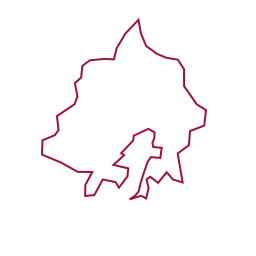 Namangan, Namangan, Uzbekistan (orthographic projection), rotated 139°
{"feature_id": "79887680B99414619772230", "entity_name": "Namangan", "entity_type": "district", "adm_level": 2, "iso_a3": "UZB", "parent_name": "Uzbekistan", "parent_adm1": "Namangan", "projection": "orthographic", "projection_center": [71.641, 40.967], "detail": "fine", "context": "isolated", "style": "outline", "palette": "rose", "viewbox_px": 256, "rotation_deg": 139, "n_neighbors": 0, "source": "geoboundaries", "source_scale": "gbopen_adm2", "svg_char_len": 949}
<svg xmlns="http://www.w3.org/2000/svg" viewBox="0 0 256 256"><g transform="rotate(139 128 128)"><path d="M188.0,170.6L200.6,174.8L210.4,164.4L201.2,145.8L194.8,128.0L183.9,118.2L197.6,113.0L204.9,104.8L197.4,99.5L180.8,105.7L172.9,95.3L174.0,88.9L160.2,91.8L154.3,97.4L163.2,109.7L148.8,110.0L149.7,113.5L132.3,115.2L128.6,118.4L113.2,114.0L110.8,107.3L114.6,103.2L119.2,100.9L121.4,97.1L115.6,90.9L123.2,84.2L129.9,91.1L135.5,89.5L144.8,84.2L154.1,78.5L161.7,73.1L166.3,72.3L173.6,73.1L162.5,68.2L160.5,63.0L151.8,69.2L147.8,77.0L143.2,76.6L141.3,66.9L127.8,69.2L127.9,59.7L122.5,51.1L107.2,76.2L93.3,75.1L83.2,85.0L68.9,79.8L57.4,90.3L60.6,100.8L58.2,122.9L47.2,135.5L45.6,146.9L52.9,155.7L57.5,164.9L60.5,178.0L56.1,191.2L49.1,202.8L68.0,201.0L84.4,195.6L93.6,189.0L100.4,195.6L112.4,204.1L121.6,204.9L130.3,196.8L138.7,196.7L145.4,185.0L152.8,181.0L173.8,183.6L181.8,172.0L188.0,170.6Z" fill="none" stroke="#9f1239" stroke-width="2"/></g></svg>